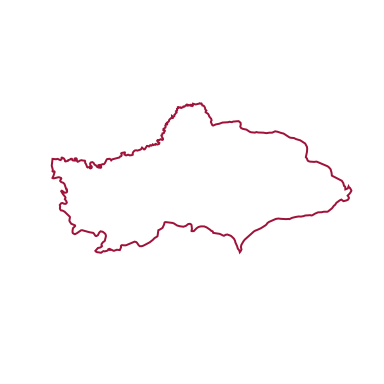 Nilo, Cundinamarca, Colombia, rotated 33°
{"feature_id": "7082276B27819593361412", "entity_name": "Nilo", "entity_type": "district", "adm_level": 2, "iso_a3": "COL", "parent_name": "Colombia", "parent_adm1": "Cundinamarca", "projection": "albers", "projection_center": [-74.661, 4.286], "detail": "fine", "context": "isolated", "style": "outline", "palette": "rose", "viewbox_px": 384, "rotation_deg": 33, "n_neighbors": 0, "source": "geoboundaries", "source_scale": "gbopen_adm2", "svg_char_len": 6038}
<svg xmlns="http://www.w3.org/2000/svg" viewBox="0 0 384 384"><g transform="rotate(33 192 192)"><path d="M270.1,101.3L268.5,100.8L266.6,95.8L265.0,92.9L263.8,91.5L260.5,89.7L254.7,89.7L250.3,91.0L248.2,91.2L245.1,92.8L244.1,93.1L236.9,93.1L234.8,93.9L231.2,94.8L228.7,95.8L226.9,98.6L224.7,100.0L222.4,102.1L219.5,103.4L215.0,106.1L213.3,106.7L212.5,107.9L209.1,109.7L207.4,110.1L203.8,110.0L200.1,111.4L198.3,111.6L196.9,110.9L196.1,108.8L195.0,107.5L192.5,107.2L188.2,110.5L187.4,111.7L185.2,112.7L184.3,113.8L179.7,117.2L177.7,119.9L175.2,122.3L173.5,124.8L172.5,124.8L169.8,123.1L169.5,122.6L169.4,121.2L168.1,120.1L165.4,119.3L164.1,118.3L162.8,117.7L160.0,117.7L159.6,116.9L159.7,115.9L158.1,115.5L157.3,114.5L155.8,113.6L154.6,113.3L153.6,113.8L151.7,112.6L151.3,112.8L150.8,113.5L150.0,113.5L149.4,114.5L147.4,116.6L144.8,117.4L145.7,119.1L145.3,119.9L145.1,119.9L144.9,119.4L144.4,119.9L144.0,119.2L143.1,119.8L143.0,120.6L141.9,120.8L141.6,121.7L140.7,121.3L140.1,121.4L139.8,121.9L140.1,122.6L139.5,123.1L139.2,124.5L138.8,124.9L138.2,125.0L138.1,126.2L137.4,126.8L137.2,127.4L137.0,127.5L136.3,127.3L136.0,127.8L134.4,128.1L134.0,128.5L134.7,129.3L134.1,130.3L135.0,131.6L134.6,132.9L135.5,133.2L135.8,133.7L135.4,134.6L135.5,136.1L135.2,136.8L135.9,138.2L135.0,139.1L133.8,139.1L134.6,140.2L135.5,140.1L135.6,140.4L134.1,141.6L133.6,143.8L134.1,145.5L133.3,147.4L134.2,148.3L134.3,148.9L133.8,149.1L133.1,148.8L133.0,149.2L133.5,150.1L133.5,151.0L134.2,151.4L134.6,152.4L133.7,154.7L134.3,155.7L135.5,155.2L136.0,155.5L135.9,156.5L136.3,157.7L135.3,159.0L135.9,160.2L135.5,161.2L136.7,162.1L138.4,162.9L139.0,163.6L139.0,164.2L138.6,164.6L137.2,164.7L136.8,165.0L136.4,166.1L134.9,167.2L134.9,168.0L136.0,168.6L137.7,168.4L138.2,169.3L138.1,169.8L136.9,171.2L135.4,171.4L135.2,171.7L135.3,172.5L134.8,172.6L134.0,173.7L133.1,173.5L132.9,175.0L132.6,175.3L131.7,175.3L131.4,175.6L131.2,176.4L131.4,176.9L131.2,177.3L129.7,177.5L129.1,177.9L129.1,181.9L128.6,182.4L125.9,182.0L126.0,183.7L125.7,184.5L123.7,187.0L122.7,187.3L121.6,188.1L121.0,189.6L121.0,190.9L121.2,191.9L122.0,193.0L121.4,193.9L119.8,195.2L118.1,195.5L116.8,197.2L114.9,197.4L114.4,195.6L114.0,195.4L111.9,197.4L111.6,198.2L112.5,198.8L113.1,199.8L113.1,200.5L112.4,201.3L112.3,202.6L107.3,208.1L107.0,209.5L105.8,209.0L104.9,209.0L102.9,210.6L102.8,211.9L103.2,214.9L103.0,216.5L102.5,217.1L101.8,217.4L100.8,218.9L99.6,219.7L98.9,220.5L99.4,221.5L100.3,221.5L100.8,220.4L101.3,220.0L101.8,220.0L102.4,220.7L102.3,221.4L100.1,222.5L98.4,222.6L97.1,222.0L95.3,222.1L93.5,221.2L92.2,221.2L91.0,222.4L91.1,223.7L92.2,225.0L93.7,225.1L94.4,225.6L94.6,226.7L93.9,227.6L93.5,227.6L93.1,226.8L92.5,226.7L91.2,228.2L90.5,228.2L88.0,226.4L86.5,225.7L85.5,224.3L85.0,224.1L83.7,224.9L82.0,225.5L80.9,226.7L80.1,228.4L79.6,228.9L78.9,228.8L77.1,226.9L76.3,226.9L75.5,227.7L75.5,228.0L76.6,228.6L76.8,229.4L74.9,230.4L74.2,230.4L73.8,229.8L73.1,229.6L72.5,230.0L72.2,230.3L72.1,231.1L70.8,232.8L71.0,233.3L69.4,235.2L68.8,235.3L68.2,234.6L66.4,233.7L64.6,233.8L64.0,234.2L64.1,234.7L64.7,235.4L64.5,236.5L64.1,237.0L61.3,237.4L60.1,238.6L57.0,240.2L60.1,246.4L63.0,249.0L63.8,250.6L64.4,250.6L65.3,249.7L65.9,250.0L67.0,253.8L67.3,256.2L68.0,256.2L68.8,255.7L71.9,252.4L72.8,251.9L74.6,251.6L75.1,252.0L75.2,254.2L75.5,254.6L76.9,254.9L79.1,254.4L80.8,254.8L84.8,258.0L85.1,258.2L85.3,257.8L85.7,258.0L87.0,259.6L87.1,260.3L86.8,261.0L85.6,262.0L82.5,261.7L82.0,261.9L81.9,262.6L85.0,264.1L88.4,265.2L89.1,265.8L89.2,267.2L91.7,268.2L92.8,269.1L92.8,270.2L92.2,271.0L90.8,271.6L89.3,271.8L88.4,272.8L88.2,274.9L89.5,276.3L90.0,277.5L90.8,278.3L91.8,278.7L92.2,278.8L93.5,278.1L95.8,277.9L103.0,279.3L103.4,279.7L104.7,282.7L105.4,283.3L108.0,284.4L112.0,283.7L112.5,284.1L112.5,284.5L111.9,287.3L113.1,289.9L114.0,291.1L114.6,291.4L115.5,291.4L116.8,291.1L117.9,289.3L119.8,284.6L120.6,283.9L127.9,281.6L131.4,280.1L132.5,280.3L134.3,281.2L135.2,281.3L135.8,281.0L136.6,279.5L136.3,276.5L136.7,274.8L138.7,274.0L140.9,274.1L142.4,274.5L143.6,275.5L143.9,276.0L145.4,280.3L145.4,280.9L144.7,282.5L144.5,284.6L144.9,285.8L146.0,286.4L146.0,286.9L145.3,288.5L143.6,290.2L143.0,294.0L143.7,294.3L145.0,294.2L148.8,292.5L149.9,289.8L151.2,289.3L152.7,287.6L153.1,286.9L153.1,286.0L154.0,285.6L153.3,285.2L153.8,284.6L157.8,284.1L158.6,283.8L160.4,281.4L163.1,280.0L162.6,277.0L161.8,276.0L161.8,275.5L162.1,274.8L165.1,273.1L165.9,272.3L170.9,264.9L172.4,264.4L173.4,264.5L176.3,265.7L177.7,265.9L179.3,264.9L180.5,263.4L183.9,257.3L185.2,253.6L185.7,251.0L187.0,248.4L187.1,247.7L184.6,242.4L185.7,240.6L186.8,238.1L186.3,234.5L185.6,232.6L185.9,231.9L186.7,231.4L192.6,228.5L194.0,228.2L197.7,228.2L200.6,227.3L203.7,225.8L205.3,223.8L206.3,220.9L207.6,219.8L209.0,219.7L209.6,220.0L212.1,223.0L212.6,224.6L212.9,225.0L213.3,224.9L214.8,223.8L215.6,219.9L216.5,217.8L218.1,216.1L221.0,214.2L223.6,213.7L227.8,213.8L229.5,214.1L230.3,213.8L230.9,213.8L232.1,214.7L238.1,212.0L242.2,211.5L242.7,211.2L243.5,209.6L244.8,208.4L247.8,207.7L249.0,207.6L252.6,208.3L254.7,209.5L255.9,210.7L259.4,212.9L261.2,214.5L263.4,215.2L264.9,216.5L265.0,215.3L264.8,213.3L262.9,211.4L262.2,209.4L262.0,205.0L262.2,203.2L265.4,191.4L266.2,189.8L267.2,188.5L269.5,184.9L271.8,179.9L272.1,178.8L272.2,176.9L272.9,175.1L277.0,168.9L278.9,167.2L280.8,166.3L285.7,163.5L287.5,162.1L288.5,161.7L289.9,159.3L292.5,156.5L294.8,154.4L296.6,153.4L298.6,151.6L299.7,150.1L303.8,147.0L304.7,146.8L305.5,146.1L307.0,143.1L308.8,140.4L311.6,138.5L313.2,136.8L316.2,134.9L316.7,134.2L318.3,129.4L318.5,126.2L319.0,124.8L319.0,122.4L320.5,118.4L321.4,117.0L324.0,117.2L326.1,115.0L327.0,113.5L327.0,111.9L326.5,111.1L324.5,110.3L325.1,107.4L325.1,104.7L324.8,103.9L322.4,102.6L321.1,102.6L320.3,102.1L320.6,103.4L320.6,104.3L319.2,106.3L317.7,104.3L317.0,104.0L316.2,104.1L314.0,102.1L311.5,101.0L300.4,102.1L298.6,99.9L295.8,97.4L293.2,96.7L291.6,96.6L280.2,98.6L279.6,98.9L278.1,100.2L274.5,102.2L273.3,102.6L272.4,102.7L271.7,102.5L270.1,101.3Z" fill="none" stroke="#9f1239" stroke-width="2"/></g></svg>